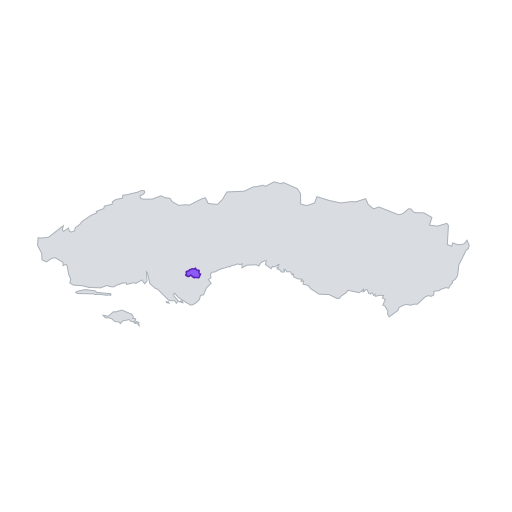 Heby, Västmanland, Sweden shown in context, rotated 76°
{"feature_id": "70781695B62242352773373", "entity_name": "Heby", "entity_type": "district", "adm_level": 2, "iso_a3": "SWE", "parent_name": "Sweden", "parent_adm1": "Västmanland", "projection": "orthographic", "projection_center": [17.041, 60.088], "detail": "fine", "context": "in_parent", "style": "filled", "palette": "violet", "viewbox_px": 512, "rotation_deg": 76, "n_neighbors": 0, "source": "geoboundaries", "source_scale": "gbopen_adm2", "svg_char_len": 4810}
<svg xmlns="http://www.w3.org/2000/svg" viewBox="0 0 512 512"><g transform="rotate(76 256 256)"><path d="M168.7,350.1L169.6,354.1L172.4,353.9L173.7,351.1L175.7,342.9L174.6,333.5L177.3,330.5L179.2,325.5L182.9,324.3L188.2,318.7L189.1,312.6L190.5,308.2L187.3,294.4L187.3,291.0L193.5,289.7L196.7,280.8L192.9,274.8L186.8,268.8L190.3,251.7L188.3,242.1L188.9,238.2L189.0,232.1L190.7,229.7L188.4,220.6L191.7,214.6L191.5,211.4L200.7,199.6L206.4,197.7L216.4,200.1L219.1,195.3L219.3,192.6L218.7,186.4L213.2,182.5L219.8,171.6L225.0,161.0L226.3,150.4L227.6,146.0L226.9,135.7L233.1,134.7L238.7,130.6L238.1,125.0L250.3,108.0L250.7,104.9L249.8,101.9L247.1,96.6L247.9,94.2L251.1,92.8L252.6,90.5L254.9,82.4L261.2,76.0L268.0,80.2L270.9,73.0L270.5,63.0L272.9,61.9L291.1,67.6L294.0,63.8L290.8,62.0L293.7,57.8L294.4,55.3L294.6,52.5L294.4,50.9L291.7,47.4L297.3,46.6L300.4,48.2L300.8,50.3L313.6,61.3L323.7,65.1L326.8,68.2L328.1,71.8L329.7,71.8L331.8,75.1L333.9,76.8L332.6,79.3L333.1,84.8L333.9,87.2L333.3,92.0L336.7,92.8L337.5,95.6L336.1,98.6L336.6,101.8L341.8,111.0L341.0,114.3L341.1,118.3L339.4,121.4L339.4,124.5L340.2,128.3L341.0,130.2L343.1,131.3L347.3,141.4L344.1,142.4L341.4,141.3L335.7,143.1L334.3,144.8L329.5,141.1L327.1,143.6L325.2,141.7L324.1,145.2L324.0,149.9L321.9,149.7L322.8,151.4L320.0,152.2L319.8,153.0L320.5,154.1L319.7,155.6L315.7,156.3L315.3,157.9L316.6,159.6L316.6,160.8L313.9,159.3L315.9,162.5L316.5,165.0L311.5,175.0L313.5,177.5L315.4,182.9L317.2,185.3L316.7,187.9L311.1,194.4L308.3,204.1L301.0,210.8L297.1,212.6L294.7,217.2L291.7,215.9L291.6,218.5L289.7,216.9L288.2,221.0L285.5,224.4L282.5,223.9L282.2,224.5L283.1,225.5L279.6,226.4L278.7,230.0L276.1,231.0L275.7,232.1L278.3,232.3L277.8,235.1L274.8,236.6L273.8,238.5L272.4,238.5L272.7,237.1L270.7,237.2L270.0,235.6L269.7,236.0L271.1,240.6L270.1,242.5L272.0,244.3L266.5,249.0L263.2,247.2L262.7,248.6L263.5,252.6L266.4,255.7L264.6,257.7L262.7,267.0L264.1,272.5L260.2,271.3L260.5,273.4L259.2,275.9L259.7,279.5L259.3,281.9L260.3,284.0L259.7,285.1L260.3,295.1L261.5,299.4L261.1,302.8L262.7,304.6L266.2,305.0L267.3,307.9L271.7,306.1L274.9,311.7L281.0,316.3L280.8,319.4L284.7,321.5L287.0,325.7L288.0,329.2L287.8,331.4L281.8,337.4L277.2,341.5L272.4,343.9L272.6,344.9L275.0,345.2L280.9,342.3L282.6,344.7L279.5,345.9L278.9,349.3L277.6,351.5L264.5,359.4L262.8,361.8L256.9,365.7L246.3,365.4L244.7,366.2L253.9,367.8L256.0,370.7L251.7,372.5L253.5,379.2L252.4,380.9L252.3,388.3L250.7,388.5L250.0,391.6L250.7,399.0L251.5,401.1L251.1,403.3L248.5,408.3L249.3,414.4L246.2,425.4L242.8,431.7L240.1,440.2L237.1,443.2L233.7,441.3L228.6,442.2L219.3,441.6L218.1,442.4L218.7,445.5L215.3,444.9L209.1,451.3L208.8,454.5L211.0,460.7L207.9,464.6L201.5,463.3L192.9,465.4L185.5,463.0L186.5,460.9L187.6,452.8L180.0,435.6L183.9,437.6L185.6,436.8L183.5,431.2L186.9,431.1L188.1,429.2L187.7,426.0L184.9,424.5L182.8,419.4L180.5,416.7L176.7,406.5L175.5,399.7L174.0,400.2L173.2,392.3L170.9,391.0L171.0,383.1L168.6,382.1L167.3,378.3L167.5,371.5L164.7,370.4L165.3,367.2L165.4,355.1L164.7,351.3L165.7,348.6L167.3,348.5L168.7,350.1ZM291.2,390.3L289.9,391.1L289.2,393.3L287.0,394.4L286.8,401.3L288.8,403.9L286.8,405.1L285.5,408.7L281.9,411.3L280.4,413.6L279.7,417.0L276.5,418.8L278.7,413.8L275.6,408.0L276.3,406.0L276.0,399.3L282.4,390.7L285.4,389.7L286.8,390.6L287.3,388.5L288.3,388.0L291.2,390.3ZM249.2,438.3L247.5,439.7L247.0,437.6L247.3,429.7L251.0,420.3L252.7,419.5L257.2,406.8L257.7,405.9L259.2,406.7L258.1,407.9L258.1,410.1L255.3,417.0L254.5,421.4L253.5,422.5L249.2,438.3ZM292.4,387.6L292.2,389.6L290.5,388.1L292.0,385.8L295.3,386.3L292.4,387.6ZM283.7,338.3L281.8,341.4L281.4,340.1L281.8,338.6L283.7,338.3ZM279.7,354.0L278.6,354.2L279.3,352.1L280.7,351.6L279.7,354.0Z" fill="#d9dde1" stroke="#a8b0b8" stroke-width="1"/><path d="M256.0,315.1L255.9,315.4L255.7,316.6L254.9,316.9L254.5,317.2L253.7,317.7L253.3,317.7L253.2,317.7L253.1,317.9L253.5,318.5L253.6,319.4L253.3,320.1L253.1,320.5L253.0,321.0L253.1,322.0L253.4,322.7L253.3,323.0L253.2,323.4L253.4,323.8L253.6,324.3L253.8,324.6L254.2,325.0L254.2,325.5L254.2,326.0L254.1,326.7L254.2,327.2L254.5,327.6L254.9,327.7L255.7,327.6L256.3,327.7L256.8,328.0L257.0,328.4L257.3,328.8L257.6,328.8L258.0,328.5L258.2,328.1L258.6,327.8L259.0,327.6L259.4,327.2L259.5,326.6L259.5,325.8L259.4,325.3L259.0,324.7L258.6,324.3L258.7,323.9L259.1,323.7L259.5,323.6L259.8,323.3L260.1,322.9L260.3,322.6L260.5,322.4L261.0,322.3L261.5,322.1L261.7,321.9L261.9,321.4L262.2,321.2L262.0,320.8L261.8,320.5L262.1,319.9L262.3,319.6L262.4,319.2L262.6,318.9L262.8,318.2L262.8,317.7L262.9,317.3L263.2,317.0L263.2,316.7L262.9,316.5L262.6,316.0L262.1,315.8L261.6,315.6L261.3,315.1L261.0,314.8L260.3,314.4L260.3,314.5L259.8,314.7L259.4,315.1L258.9,315.3L258.0,315.4L257.5,315.3L257.2,314.9L256.6,314.7L256.0,314.9L256.0,315.1Z" fill="#8b5cf6" stroke="#5b21b6" stroke-width="1.5"/></g></svg>